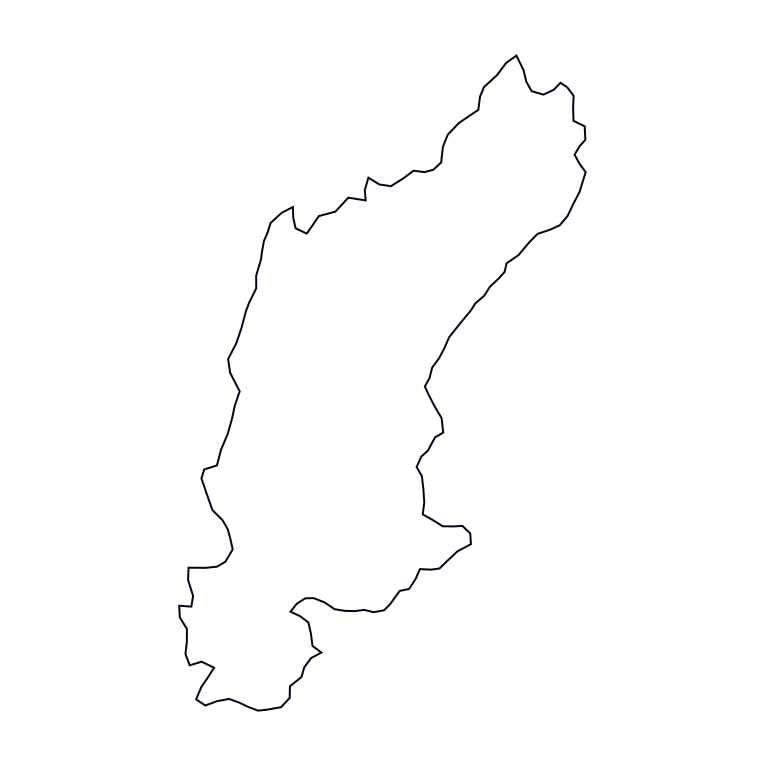 Arapeí, São Paulo, Brazil, rotated 170°
{"feature_id": "56859067B47911021551536", "entity_name": "Arapeí", "entity_type": "district", "adm_level": 2, "iso_a3": "BRA", "parent_name": "Brazil", "parent_adm1": "São Paulo", "projection": "mercator", "projection_center": [-44.44, -22.672], "detail": "fine", "context": "isolated", "style": "outline", "palette": "ink", "viewbox_px": 768, "rotation_deg": 170, "n_neighbors": 0, "source": "geoboundaries", "source_scale": "gbopen_adm2", "svg_char_len": 2187}
<svg xmlns="http://www.w3.org/2000/svg" viewBox="0 0 768 768"><g transform="rotate(170 384 384)"><path d="M326.2,211.2L325.0,221.8L331.5,230.7L339.9,231.6L350.9,233.7L359.3,241.3L368.5,248.9L364.9,260.4L363.5,273.6L362.7,286.6L366.3,296.6L359.9,306.0L352.2,310.9L343.0,322.6L334.1,325.9L333.2,340.4L338.2,353.7L342.0,366.0L344.2,374.5L338.2,381.8L333.7,391.8L325.3,399.8L318.7,408.3L311.6,418.9L297.1,431.7L285.8,441.2L280.1,447.5L269.9,453.6L262.8,461.4L252.9,467.9L245.9,473.3L242.3,481.6L229.1,487.6L216.4,498.3L206.7,505.2L193.8,507.1L183.4,509.8L174.1,517.5L165.7,529.3L158.2,539.0L148.6,557.6L153.1,566.7L156.5,576.7L150.0,584.3L143.3,589.5L141.6,602.9L151.7,610.3L149.6,624.2L147.2,634.8L152.0,644.3L157.9,650.0L165.7,644.3L176.7,641.3L187.7,646.7L191.3,656.7L192.1,669.0L196.6,684.4L208.0,679.0L219.0,668.6L233.9,659.1L239.5,650.4L243.5,637.6L253.2,633.3L265.1,627.9L277.9,618.5L284.9,607.1L289.2,592.3L298.1,586.5L307.2,585.6L317.8,588.9L328.8,583.4L342.8,577.6L353.9,581.3L363.5,589.9L369.2,578.4L370.2,568.0L386.8,573.7L401.9,562.2L418.9,560.7L433.9,545.5L444.0,552.7L444.5,563.3L443.0,574.1L455.0,570.4L467.8,562.2L472.1,553.7L477.4,545.7L481.0,536.0L483.6,527.8L491.1,512.8L493.2,500.4L502.4,487.9L507.2,479.9L514.8,463.6L522.3,449.9L533.2,435.6L533.6,421.8L527.4,401.8L534.6,388.8L539.4,376.9L546.4,362.3L556.0,347.4L562.7,332.8L575.9,331.1L580.2,322.7L577.1,303.1L574.9,289.7L566.6,277.8L563.0,267.8L562.2,258.0L561.7,247.4L571.1,236.5L580.3,233.1L592.2,234.0L600.0,235.5L608.4,237.0L611.0,225.0L608.8,208.4L612.4,198.2L624.2,201.2L625.6,189.7L620.6,176.9L623.0,164.1L626.4,152.6L624.2,140.7L611.9,142.2L600.6,134.1L607.9,126.1L616.3,117.6L623.8,106.1L615.8,98.4L603.1,100.7L591.1,100.7L581.5,95.1L574.0,89.7L564.8,84.2L555.5,83.6L541.5,83.6L531.4,91.2L529.1,102.7L516.1,109.8L511.7,118.9L503.3,126.8L492.3,130.4L499.9,138.5L499.3,151.3L499.9,162.3L506.9,169.9L515.6,176.0L508.1,182.7L498.8,186.6L490.6,185.4L480.5,179.3L471.8,170.8L462.0,167.4L452.2,165.4L442.7,165.0L433.9,161.1L423.3,161.1L416.3,166.0L404.5,177.5L394.9,177.8L386.8,186.4L380.7,195.5L370.0,193.0L361.3,192.7L353.8,197.9L340.8,206.4L326.2,211.2Z" fill="none" stroke="#020617" stroke-width="2"/></g></svg>